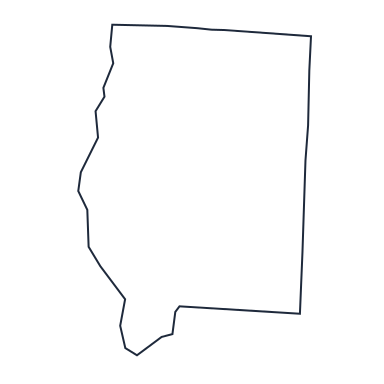 Henry, Alabama, United States of America (orthographic projection), rotated 182°
{"feature_id": "52423323B43963641408818", "entity_name": "Henry", "entity_type": "district", "adm_level": 2, "iso_a3": "USA", "parent_name": "United States of America", "parent_adm1": "Alabama", "projection": "orthographic", "projection_center": [-85.179, 31.541], "detail": "fine", "context": "isolated", "style": "outline", "palette": "slate", "viewbox_px": 384, "rotation_deg": 182, "n_neighbors": 0, "source": "geoboundaries", "source_scale": "gbopen_adm2", "svg_char_len": 535}
<svg xmlns="http://www.w3.org/2000/svg" viewBox="0 0 384 384"><g transform="rotate(182 192 192)"><path d="M303.5,208.5L303.8,207.8L305.7,189.0L296.0,170.5L293.4,133.6L281.0,114.6L255.1,82.5L259.1,55.8L253.2,33.7L241.3,26.9L217.3,46.1L206.6,49.3L204.5,71.6L200.5,77.3L79.9,74.1L79.5,135.9L79.7,227.4L78.3,262.6L79.0,317.5L78.5,351.8L165.3,355.0L178.2,354.9L192.4,355.9L222.8,357.1L277.5,356.4L278.8,334.2L275.2,317.9L284.2,293.0L282.8,284.2L291.2,269.4L287.8,243.1L303.5,208.5Z" fill="none" stroke="#1e293b" stroke-width="2"/></g></svg>